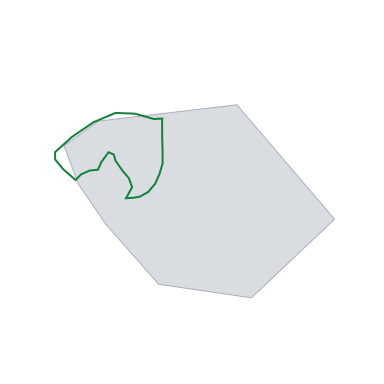 South East highlighted on a map of Singapore, rotated 204°
{"feature_id": "SGP-4875", "entity_name": "South East", "entity_type": "state/province", "adm_level": 1, "iso_a3": "SGP", "parent_name": "Singapore", "parent_adm1": "", "projection": "equal_earth", "projection_center": [103.927, 1.348], "detail": "fine", "context": "in_parent", "style": "outline", "palette": "green", "viewbox_px": 384, "rotation_deg": 204, "n_neighbors": 0, "source": "natural_earth", "source_scale": "10m", "svg_char_len": 705}
<svg xmlns="http://www.w3.org/2000/svg" viewBox="0 0 384 384"><g transform="rotate(204 192 192)"><path d="M306.4,218.7L186.5,289.9L50.7,225.1L94.7,119.5L184.9,94.1L257.8,127.6L299.3,153.2L327.7,182.3L306.4,218.7Z" fill="#d9dde1" stroke="#a8b0b8" stroke-width="1"/><path d="M303.2,155.6L319.1,160.5L330.2,166.0L333.3,172.7L324.1,193.4L310.5,215.5L294.1,233.1L276.1,240.3L256.4,243.2L249.1,247.0L246.6,241.1L240.9,228.6L235.2,216.7L230.5,206.2L229.0,195.1L229.0,184.6L232.1,174.1L237.8,166.5L243.0,163.0L249.7,159.5L248.7,172.1L255.4,179.0L264.2,183.2L274.6,189.5L278.7,194.4L284.4,194.4L287.0,182.5L287.0,174.1L294.2,170.0L300.5,163.0L303.2,155.6Z" fill="none" stroke="#15803d" stroke-width="2"/></g></svg>